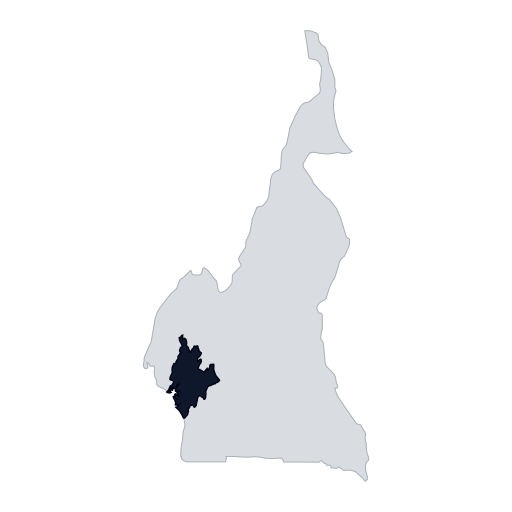 Littoral highlighted on a map of Cameroon
{"feature_id": "CMR-1476", "entity_name": "Littoral", "entity_type": "Province", "adm_level": 1, "iso_a3": "CMR", "parent_name": "Cameroon", "parent_adm1": "", "projection": "equal_earth", "projection_center": [10.043, 4.313], "detail": "fine", "context": "in_parent", "style": "filled", "palette": "ink", "viewbox_px": 512, "rotation_deg": 0, "n_neighbors": 0, "source": "natural_earth", "source_scale": "10m", "svg_char_len": 9234}
<svg xmlns="http://www.w3.org/2000/svg" viewBox="0 0 512 512"><path d="M144.0,359.1L144.8,356.0L151.2,341.6L155.2,318.4L157.0,313.0L158.8,309.4L168.1,297.1L171.5,293.2L176.5,288.7L180.0,279.7L181.2,278.7L182.8,278.0L190.7,270.3L191.4,271.8L191.9,273.6L192.5,274.5L195.1,275.0L198.6,275.0L200.6,274.5L201.7,272.9L202.8,268.7L203.5,267.9L204.3,267.7L208.1,270.6L214.5,279.0L216.1,280.5L216.8,282.1L218.2,289.7L219.0,291.6L220.4,292.4L222.8,291.9L225.4,290.6L227.7,288.6L229.9,286.1L231.4,283.8L232.1,282.1L232.4,275.9L232.9,274.6L241.2,265.6L241.0,264.7L239.6,262.2L238.4,259.4L239.6,256.5L240.9,254.3L245.7,246.8L245.9,241.4L249.8,232.9L251.9,221.6L252.0,219.5L257.0,207.1L262.2,206.0L264.2,204.2L266.6,201.2L268.0,198.3L268.8,195.6L269.3,190.4L270.2,184.4L270.7,179.2L272.3,174.3L274.9,171.9L279.5,169.8L280.2,168.9L280.8,165.7L281.4,155.0L282.2,150.3L286.4,144.9L288.2,136.6L289.9,127.9L294.6,117.3L300.2,106.8L302.8,104.0L305.0,102.7L307.5,102.5L309.2,101.8L315.3,96.5L317.8,94.8L319.6,93.0L320.1,91.4L320.3,89.1L319.6,83.7L320.7,79.7L321.2,73.5L321.5,68.8L321.2,67.1L320.1,64.3L318.3,61.3L315.2,59.5L311.1,59.0L308.9,58.0L308.0,52.5L307.7,49.0L304.8,30.7L310.1,30.8L316.4,32.9L318.0,34.6L318.9,40.8L321.2,44.4L325.2,47.3L327.8,53.3L328.8,62.4L331.1,67.9L331.6,68.8L334.8,79.1L335.0,83.8L334.7,87.1L336.0,91.0L334.1,97.8L333.6,102.0L333.5,107.9L334.7,118.2L336.6,126.2L338.6,132.6L340.8,137.6L344.5,143.1L348.4,148.2L352.0,151.4L348.7,153.3L342.2,153.5L338.5,152.4L336.7,152.4L334.9,153.0L328.0,154.0L321.1,153.5L314.6,152.3L310.7,152.5L307.7,155.6L305.2,160.2L302.9,163.9L303.8,167.9L305.5,170.2L308.9,175.1L311.9,179.9L313.4,183.1L319.4,190.1L325.2,196.4L328.0,198.6L329.0,199.1L332.1,202.7L336.5,208.6L340.6,217.9L346.2,236.5L347.5,238.0L349.4,239.0L349.6,241.0L349.5,243.9L348.9,246.3L344.5,256.0L340.6,259.7L339.4,262.0L338.0,267.7L334.4,278.7L332.9,280.2L329.4,287.7L326.5,297.2L325.8,298.7L324.6,299.8L320.5,302.2L319.1,303.3L317.1,306.3L316.8,308.2L317.7,310.9L318.9,313.0L321.1,313.1L322.3,315.1L322.3,329.7L321.3,332.0L321.4,332.9L320.9,335.5L320.7,338.3L321.1,339.4L321.9,340.3L323.0,342.3L323.7,346.8L325.1,362.6L325.8,365.1L326.9,366.9L330.5,370.3L334.4,374.8L335.6,377.7L336.3,382.5L337.7,386.3L337.7,387.6L337.1,388.1L334.7,388.4L335.6,391.1L337.5,395.9L347.3,410.6L356.6,423.7L358.8,424.6L360.5,424.9L361.2,425.7L362.0,427.6L365.1,432.3L365.7,435.1L365.0,437.7L365.7,441.8L366.3,443.3L366.1,444.6L366.4,449.6L367.3,454.0L368.7,457.7L368.5,460.3L366.7,461.8L365.7,464.2L365.4,467.6L365.9,471.7L367.3,476.5L367.4,479.4L365.1,481.3L362.6,478.0L359.8,475.7L355.7,471.8L351.5,470.4L346.2,470.1L343.8,470.6L339.8,467.5L338.6,467.0L336.8,468.3L335.6,468.4L334.0,467.9L331.0,467.9L330.7,465.7L330.2,465.2L326.9,465.4L325.8,463.6L325.4,463.8L324.1,463.2L321.4,460.5L318.6,462.3L312.8,462.1L283.5,462.0L282.8,459.5L281.4,458.2L278.7,458.1L271.0,458.6L265.0,458.2L261.0,457.3L256.1,456.7L249.9,457.1L243.6,457.1L232.4,456.4L226.2,456.5L226.4,458.0L226.0,459.1L225.6,461.8L185.9,461.8L182.6,460.0L181.7,458.8L181.4,456.6L180.6,456.3L181.2,447.0L182.6,439.2L183.1,432.0L185.0,425.6L184.0,419.2L182.8,416.4L176.8,407.4L179.6,404.0L175.9,404.4L175.2,401.1L173.4,397.0L174.5,396.4L175.5,394.2L178.8,394.9L178.7,393.8L175.9,390.4L176.1,388.7L177.3,386.8L176.7,386.0L174.7,388.0L173.2,387.9L172.1,386.6L171.3,386.4L171.8,389.0L170.6,391.3L169.5,392.1L167.7,392.0L166.2,391.4L165.8,390.1L164.4,389.1L160.4,387.4L157.0,385.4L156.4,379.9L155.0,377.5L154.5,374.8L154.2,371.8L154.6,367.1L153.8,366.3L152.8,366.1L151.4,366.3L150.0,366.0L148.4,363.4L147.0,362.4L147.9,367.2L146.9,368.6L144.5,368.2L143.5,366.4L143.3,365.0L144.4,359.2L144.0,359.1Z" fill="#d9dde1" stroke="#a8b0b8" stroke-width="1"/><path d="M184.4,418.0L184.4,417.9L183.9,418.0L183.6,417.9L183.4,417.7L183.2,417.4L183.0,417.0L182.2,415.1L180.0,411.4L178.8,409.9L175.9,407.3L176.6,407.1L177.3,406.7L179.7,404.2L180.4,403.8L181.2,403.8L180.2,403.4L179.4,403.9L178.6,404.5L177.8,404.9L175.8,405.1L175.5,404.9L175.3,404.4L175.5,403.9L175.9,403.5L175.1,400.7L173.7,398.1L173.3,397.1L173.1,396.2L173.8,397.2L174.0,397.3L174.1,397.5L174.4,398.3L174.5,398.6L174.9,398.9L175.4,398.9L176.5,398.9L176.2,398.7L175.3,398.4L175.0,398.1L174.9,398.0L174.8,397.8L174.6,397.4L174.4,396.6L174.5,395.6L174.8,394.6L175.3,394.0L176.4,395.3L177.0,395.5L177.3,394.6L178.3,395.2L178.7,395.6L178.9,396.2L179.1,395.8L179.1,395.4L179.0,395.0L178.8,394.6L179.2,394.6L177.8,393.9L177.1,393.4L176.9,392.6L177.3,392.1L178.1,391.8L178.9,391.6L179.5,391.6L179.5,391.4L179.4,391.0L179.5,391.0L179.5,390.9L179.5,390.7L176.6,391.4L175.7,391.3L175.3,390.6L175.4,389.6L175.9,388.7L176.4,388.3L176.9,387.7L178.2,385.1L179.1,384.5L179.2,384.3L179.3,383.9L179.2,383.7L178.8,383.9L178.2,384.5L178.0,384.8L177.7,385.3L177.5,384.5L177.0,385.0L176.1,387.0L175.5,387.8L174.9,388.2L174.1,388.5L173.5,388.4L173.5,387.5L173.1,388.0L172.5,387.6L172.0,386.9L171.7,386.0L171.9,385.0L172.0,384.9L172.2,384.7L172.5,384.4L172.8,383.6L173.0,383.3L173.4,382.8L173.6,382.5L173.6,382.1L173.3,381.2L173.1,380.7L172.7,380.4L170.6,379.9L170.0,379.4L170.0,378.4L170.2,377.2L172.2,372.9L172.4,372.0L172.1,370.9L172.1,370.4L172.2,368.1L172.4,367.0L173.4,364.8L173.8,363.9L174.0,363.6L174.7,363.6L175.1,363.7L175.4,363.7L175.6,363.5L175.8,363.2L176.0,361.9L176.9,360.3L177.6,359.4L178.0,358.5L178.0,357.5L178.0,357.0L178.1,356.4L178.4,355.8L179.4,354.6L179.9,353.6L180.2,353.2L180.4,352.9L180.5,352.4L179.8,351.5L179.6,350.9L179.7,350.4L179.9,349.4L180.3,348.2L180.8,347.4L181.8,347.1L182.2,346.6L182.1,345.9L181.5,344.2L181.1,343.3L180.0,341.4L179.5,339.8L179.3,338.3L179.2,337.9L179.4,337.6L179.6,337.5L179.9,337.5L180.3,337.5L180.6,337.2L181.7,335.5L182.7,335.2L182.5,338.1L182.9,339.0L183.2,339.0L183.5,338.9L183.8,338.6L184.1,338.3L184.4,338.3L184.8,338.5L185.8,339.4L186.0,339.8L186.1,340.1L186.2,340.7L186.6,341.7L186.6,343.4L186.3,344.3L186.4,344.5L186.6,345.2L186.8,345.9L186.9,346.3L187.1,346.5L188.2,347.3L188.3,347.5L188.4,347.9L188.5,348.9L188.6,349.3L188.8,349.7L189.0,349.9L189.2,350.0L189.6,350.6L189.8,351.9L190.0,352.3L190.3,352.3L190.5,352.3L190.6,352.2L190.9,352.2L191.7,350.1L191.9,349.7L192.0,349.4L193.1,348.4L193.5,347.9L193.7,347.4L193.8,346.9L194.1,346.2L194.4,346.1L194.8,346.2L195.1,346.4L195.4,346.4L195.7,346.4L196.4,346.1L196.7,346.0L197.5,345.9L197.9,346.5L198.1,347.9L198.4,348.6L198.7,349.3L199.2,351.1L199.6,351.6L200.2,352.0L200.5,352.4L200.7,352.7L201.3,353.0L200.7,354.8L200.1,355.7L199.1,356.8L197.9,357.7L197.7,358.0L197.4,358.7L197.2,360.8L197.4,361.1L197.7,361.2L199.1,360.0L200.1,359.4L200.8,359.2L201.1,359.8L201.2,360.3L201.3,360.9L201.2,361.4L201.1,362.0L201.0,362.4L200.8,362.8L199.5,364.6L198.4,367.2L198.2,367.9L198.1,368.5L198.1,368.9L198.1,369.1L198.2,369.3L198.3,369.5L198.6,369.6L198.9,369.6L199.2,369.5L199.5,369.4L199.9,369.5L200.4,370.2L200.7,370.4L201.0,370.4L201.3,370.4L201.5,370.5L201.8,370.7L202.1,371.0L202.3,371.3L202.7,371.6L203.9,371.8L204.2,371.7L204.7,371.4L205.8,369.9L206.3,369.6L206.7,369.2L206.8,369.0L207.0,368.6L207.3,368.3L207.5,368.4L207.6,368.7L207.7,369.2L207.9,369.5L208.4,369.8L209.3,368.6L209.6,367.6L209.9,365.6L210.1,365.0L210.3,364.6L210.7,364.4L211.0,364.4L211.4,364.5L211.7,364.6L212.0,364.7L212.3,364.6L212.8,364.2L213.2,364.2L213.4,364.2L213.7,364.4L213.8,365.5L213.6,369.2L214.6,372.6L216.0,375.9L219.1,379.6L219.2,379.8L219.5,380.4L218.8,381.2L217.9,382.0L217.6,382.2L217.4,382.3L215.8,382.9L215.4,383.2L215.1,383.7L214.6,383.5L213.4,384.3L212.1,384.6L211.0,385.4L210.4,385.6L209.7,385.5L209.4,385.6L209.2,385.7L209.0,385.9L208.9,386.0L208.5,386.1L208.4,386.2L208.0,386.6L207.7,386.7L207.5,387.2L207.1,387.9L206.9,388.7L206.2,390.2L205.9,391.0L205.7,391.7L205.7,392.2L205.9,393.3L205.9,393.8L205.9,394.2L205.6,395.7L205.7,396.7L205.4,397.9L205.2,398.4L204.9,398.9L204.6,399.2L204.3,399.3L204.0,399.2L203.7,398.8L203.2,397.9L202.9,397.5L202.5,397.1L201.5,396.8L201.2,396.6L201.0,396.4L200.7,396.1L200.5,395.8L200.1,395.4L198.5,396.4L197.8,397.3L197.5,398.3L197.4,398.7L197.2,400.6L196.6,402.8L196.4,403.4L196.3,405.3L196.2,405.5L195.7,406.0L195.0,406.8L194.9,407.0L194.6,407.1L194.4,407.1L194.2,407.1L194.0,406.9L193.8,406.7L193.6,405.9L193.1,405.4L192.5,405.0L192.1,404.7L192.0,404.8L191.8,405.1L191.7,405.2L191.5,405.3L190.8,405.4L190.6,405.5L190.3,405.7L190.3,405.8L190.1,406.0L189.9,406.3L189.8,406.5L189.7,406.8L189.3,407.7L189.1,408.0L188.6,408.5L188.4,408.8L188.3,409.5L188.3,410.3L188.3,410.8L188.4,411.3L188.4,411.5L188.3,411.9L188.0,412.3L187.9,412.4L187.9,412.6L188.0,413.0L187.9,413.3L187.2,415.1L187.1,415.3L186.9,415.5L186.2,416.1L185.8,416.5L185.5,416.9L185.3,417.3L185.1,417.6L184.9,417.8L184.4,418.0L184.4,418.0ZM170.4,386.0L170.5,386.2L170.7,386.3L171.0,386.4L171.3,386.7L171.3,386.8L171.6,387.8L172.0,388.3L172.4,388.8L172.7,389.5L172.3,390.2L171.9,390.0L171.7,389.9L171.1,389.4L170.7,388.6L170.5,388.4L170.4,388.3L170.3,388.1L170.3,387.8L169.9,387.8L169.7,388.0L169.5,388.3L169.5,388.7L170.3,389.3L170.5,389.7L170.5,390.1L170.5,390.5L170.3,390.9L170.3,391.4L170.4,391.7L170.8,392.1L171.1,392.4L170.7,392.6L170.2,392.8L169.2,392.9L168.6,392.8L167.6,392.5L167.1,392.4L166.8,392.1L167.8,390.9L168.3,390.5L168.6,390.4L168.7,390.1L168.8,389.7L169.1,388.7L170.3,386.1L170.4,386.0Z" fill="#0f172a" stroke="#020617" stroke-width="1.5"/></svg>